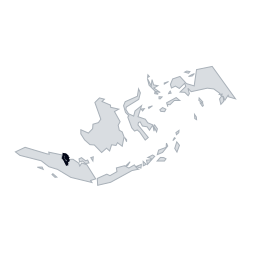 Indragiri Hilir, Riau, Indonesia (highlighted), rotated 323°
{"feature_id": "22746128B36468792556341", "entity_name": "Indragiri Hilir", "entity_type": "district", "adm_level": 2, "iso_a3": "IDN", "parent_name": "Indonesia", "parent_adm1": "Riau", "projection": "equal_earth", "projection_center": [103.334, -0.292], "detail": "fine", "context": "in_parent", "style": "outline", "palette": "ink", "viewbox_px": 256, "rotation_deg": 323, "n_neighbors": 0, "source": "geoboundaries", "source_scale": "gbopen_adm2", "svg_char_len": 6219}
<svg xmlns="http://www.w3.org/2000/svg" viewBox="0 0 256 256"><g transform="rotate(323 128 128)"><path d="M89.3,101.0L93.3,108.2L99.3,107.3L102.3,103.9L107.6,105.9L111.6,104.6L116.9,87.7L123.3,86.8L126.5,90.8L123.2,91.2L127.8,99.2L126.6,101.0L132.0,107.4L127.1,106.7L125.5,118.2L121.8,119.9L119.7,124.5L121.0,127.6L119.5,132.7L112.4,139.1L110.8,133.4L107.9,134.7L104.8,131.5L99.5,135.3L98.7,131.2L92.2,131.7L90.9,121.3L87.6,118.4L86.2,111.3L86.8,104.3L89.3,101.0ZM23.7,79.3L34.2,81.5L47.8,100.0L49.4,101.5L50.2,99.6L59.2,109.9L57.0,112.1L62.1,111.7L61.1,117.0L65.3,119.9L67.5,126.4L66.6,129.4L70.0,128.1L73.0,132.6L71.6,149.2L66.5,147.4L66.4,149.8L52.6,133.0L46.8,118.6L41.5,111.3L39.0,102.0L25.2,84.8L23.7,79.3ZM232.3,129.5L231.4,169.4L227.2,163.8L227.7,162.1L222.1,164.1L223.1,160.1L221.6,158.0L222.2,157.7L223.1,157.9L223.6,157.6L221.0,156.1L222.2,155.6L220.0,148.4L215.3,143.9L200.3,137.0L199.8,132.3L197.7,137.5L195.5,138.4L194.8,133.7L191.2,130.6L199.1,129.6L200.2,126.4L192.8,127.3L191.1,123.1L186.8,122.2L188.1,118.7L193.2,115.7L200.5,118.1L201.4,127.7L206.2,134.2L217.9,122.6L232.3,129.5ZM159.0,107.4L153.8,111.6L139.3,110.2L137.5,111.8L137.0,116.9L139.7,121.9L143.9,118.6L152.3,118.3L142.8,125.0L147.1,131.4L146.9,135.7L149.7,140.5L143.8,142.7L144.0,138.6L140.7,135.1L141.4,130.4L139.6,129.9L137.8,131.6L138.5,147.8L134.5,148.0L134.9,138.3L134.2,135.1L131.4,134.4L131.1,130.2L134.4,119.1L136.0,118.8L135.4,114.0L137.9,107.5L141.6,105.3L154.6,108.3L160.0,103.1L159.0,107.4ZM73.1,149.8L83.3,152.1L84.9,155.2L92.9,156.2L94.7,152.9L102.5,156.0L104.6,160.5L110.9,161.3L110.8,165.1L111.7,167.3L105.6,164.4L81.4,160.9L69.3,155.5L73.1,149.8ZM172.0,108.3L176.3,103.8L174.4,109.0L177.3,112.2L172.7,111.6L175.1,119.0L171.8,115.0L170.6,106.5L173.3,100.0L172.0,108.3ZM174.0,131.1L184.8,132.7L185.9,137.2L181.5,133.9L175.5,134.7L173.7,132.9L172.6,135.0L174.0,131.1ZM148.9,166.3L140.9,168.3L135.4,166.9L139.1,164.1L146.8,166.4L149.6,163.2L148.9,166.3ZM126.1,163.5L131.4,164.4L132.3,166.7L121.6,168.8L123.4,164.8L127.0,167.1L128.2,166.2L126.1,163.5ZM158.6,168.4L158.7,172.8L152.6,176.7L153.0,172.5L158.6,168.4ZM73.0,123.7L74.4,128.6L76.5,129.3L75.8,132.4L72.7,130.9L71.8,126.9L68.8,126.0L70.3,123.2L73.0,123.7ZM220.5,164.3L216.4,165.0L218.6,159.9L221.7,158.9L222.7,160.7L220.5,164.3ZM136.2,171.0L138.7,173.1L139.8,175.5L137.2,176.3L131.4,171.9L136.2,171.0ZM167.9,132.5L169.6,135.8L167.1,137.0L164.2,134.5L164.4,132.6L167.9,132.5ZM111.2,163.6L116.8,165.1L114.2,167.8L111.2,163.6ZM120.0,163.8L120.7,168.0L117.4,167.4L120.0,163.8ZM82.9,130.1L80.1,133.2L80.4,129.3L82.9,130.1ZM202.9,146.8L203.4,152.2L202.2,152.4L201.2,148.6L202.9,146.8ZM109.4,156.2L105.1,157.8L103.3,156.9L109.4,156.2ZM151.1,141.5L151.0,146.3L148.5,148.3L149.6,141.9L151.1,141.5ZM32.0,104.7L35.9,107.5L35.4,110.0L32.0,104.7ZM41.6,124.4L40.0,123.4L39.3,119.4L40.5,119.3L41.6,124.4ZM187.8,162.6L187.0,160.7L189.3,157.2L189.2,160.3L187.8,162.6ZM184.0,113.9L188.4,115.3L183.4,114.8L184.0,113.9ZM156.8,123.7L160.9,125.0L156.4,124.9L156.8,123.7ZM149.1,143.8L146.9,146.2L148.9,141.9L149.1,143.8ZM206.9,117.5L209.2,117.9L211.4,120.2L209.3,120.7L206.9,117.5ZM167.3,160.6L165.7,162.3L162.7,162.5L163.5,160.5L167.3,160.6ZM202.6,153.1L201.6,155.5L200.5,155.5L200.7,151.5L202.6,153.1ZM173.9,123.7L171.2,124.1L170.4,123.3L171.6,121.7L173.9,123.7ZM207.3,123.3L210.6,123.7L213.8,124.5L210.7,125.1L207.3,123.3ZM149.9,120.8L152.7,122.4L149.9,123.2L149.9,120.8ZM176.0,99.8L174.1,99.4L175.9,97.5L176.0,99.8ZM156.2,165.1L159.2,163.7L159.6,164.6L156.2,165.1ZM183.9,123.9L183.4,126.1L181.1,125.0L182.3,124.3L183.9,123.9ZM119.8,136.6L118.6,138.1L119.6,133.5L119.8,136.6ZM171.2,115.4L172.6,118.5L172.1,118.9L170.0,116.6L171.2,115.4Z" fill="#d9dde1" stroke="#a8b0b8" stroke-width="1"/><path d="M61.1,118.0L61.1,117.9L60.9,117.8L60.6,117.8L60.4,117.8L60.2,117.8L60.1,117.7L60.3,117.6L60.5,117.6L60.6,117.4L60.8,117.2L61.0,117.2L61.1,116.9L61.0,116.7L60.9,116.7L60.8,116.4L60.8,116.2L60.7,116.2L60.6,115.9L60.5,115.7L60.4,115.5L60.3,115.4L60.2,115.4L60.1,115.2L60.3,115.0L60.3,114.9L60.5,115.0L60.9,114.9L61.0,114.7L61.3,114.5L61.4,114.4L61.2,114.2L61.3,114.1L61.3,113.9L61.2,113.8L61.2,113.7L61.4,113.9L61.4,114.0L61.5,113.9L61.5,114.0L61.5,113.9L61.8,113.8L61.8,113.7L61.7,113.7L61.8,113.6L62.0,113.6L62.4,113.6L62.5,113.6L62.8,113.5L62.6,113.0L62.6,112.5L62.6,112.3L62.5,112.1L62.5,111.9L62.3,111.7L62.2,111.5L62.0,111.4L61.9,111.3L61.7,111.1L61.6,110.9L61.3,110.7L61.2,110.5L61.1,110.4L60.9,110.2L60.7,110.2L60.6,110.5L60.4,110.6L60.2,110.7L60.0,111.0L59.7,111.4L59.6,111.5L59.2,111.6L58.9,111.9L58.7,112.1L58.5,112.5L58.3,112.6L58.2,112.7L57.9,112.8L57.8,116.3L57.7,116.4L57.6,116.8L57.5,117.1L57.5,117.6L57.4,117.7L57.4,117.9L57.4,118.4L57.4,118.5L57.2,118.8L57.1,119.2L57.1,119.8L57.0,120.2L57.3,120.2L57.4,120.3L57.5,120.4L57.6,120.2L57.8,120.1L57.9,119.9L58.0,119.9L58.0,119.7L58.3,119.4L58.5,119.1L58.7,118.8L59.1,118.2L59.3,118.1L59.5,118.1L60.6,118.4L60.8,118.4L61.1,118.2L61.1,118.0ZM61.7,114.8L61.4,115.0L61.2,115.4L61.2,115.5L61.2,115.8L61.4,115.7L61.5,115.7L61.5,115.9L61.8,115.9L62.0,115.8L62.1,115.7L62.4,115.6L62.6,115.6L62.6,115.4L62.3,115.1L62.2,115.1L62.0,114.9L61.9,114.9L61.7,114.8L61.7,114.8ZM60.7,115.8L60.6,115.7L60.5,115.8L60.6,116.0L60.8,116.2L60.9,116.6L61.0,116.7L61.4,116.7L61.5,116.6L61.6,116.4L61.8,116.2L61.7,115.9L61.4,115.8L61.2,115.8L60.9,115.8L60.7,115.8ZM60.5,115.0L60.3,115.0L60.2,115.1L60.2,115.3L60.3,115.3L60.5,115.5L61.0,115.7L61.2,115.4L60.9,115.3L60.7,115.2L60.5,115.0ZM61.2,115.2L61.4,114.8L61.4,114.7L61.1,114.8L60.9,115.0L60.6,115.0L60.8,115.3L61.0,115.3L61.2,115.2ZM60.6,117.4L60.5,117.5L60.2,117.7L60.2,117.8L60.3,117.8L60.5,117.7L60.8,117.7L61.0,117.6L60.9,117.5L60.6,117.4ZM61.7,114.0L61.7,113.9L61.6,114.0L61.4,114.1L61.5,114.2L61.8,114.1L61.7,114.0ZM61.0,117.2L60.9,117.2L60.7,117.3L60.8,117.5L61.0,117.4L61.0,117.2ZM61.6,114.6L61.4,114.6L61.5,114.7L61.6,114.6ZM62.0,113.7L61.9,113.5L61.9,113.8L62.0,113.8L62.0,113.7ZM61.7,111.0L61.8,110.9L61.7,110.8L61.6,110.7L61.6,110.8L61.7,111.0ZM62.1,113.8L62.2,113.7L62.0,113.8L62.1,113.8ZM61.4,114.1L61.2,114.1L61.3,114.2L61.4,114.1ZM61.2,113.8L61.2,113.7L61.2,113.8L61.3,113.8L61.3,114.0L61.5,114.0L61.4,114.0L61.3,113.9L61.2,113.8Z" fill="none" stroke="#020617" stroke-width="2"/></g></svg>